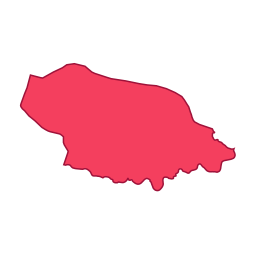 Cidade Da Matola, Maputo, Mozambique, rotated 274°
{"feature_id": "85939544B308430160587", "entity_name": "Cidade Da Matola", "entity_type": "district", "adm_level": 2, "iso_a3": "MOZ", "parent_name": "Mozambique", "parent_adm1": "Maputo", "projection": "mercator", "projection_center": [32.447, -25.844], "detail": "fine", "context": "isolated", "style": "filled", "palette": "rose", "viewbox_px": 256, "rotation_deg": 274, "n_neighbors": 0, "source": "geoboundaries", "source_scale": "gbopen_adm2", "svg_char_len": 4616}
<svg xmlns="http://www.w3.org/2000/svg" viewBox="0 0 256 256"><g transform="rotate(274 128 128)"><path d="M114.7,235.1L114.4,234.5L114.2,233.1L114.3,231.9L114.4,231.6L114.6,231.1L114.7,230.4L114.8,229.8L115.0,229.2L115.6,228.1L116.0,227.5L116.5,227.0L117.2,226.3L117.7,225.5L118.0,224.9L118.4,224.4L118.5,224.2L118.8,223.6L119.3,223.1L119.8,222.7L120.0,222.4L120.2,222.0L120.4,221.3L120.6,220.5L120.6,220.4L120.8,219.7L121.3,219.0L121.8,218.6L122.1,218.5L122.3,218.5L122.3,218.4L122.6,218.3L122.7,217.7L122.5,217.2L122.3,216.9L122.2,216.4L122.0,216.0L122.0,215.4L122.4,214.8L122.9,214.3L123.6,213.9L124.3,213.5L124.9,213.1L125.4,212.8L126.0,212.7L126.6,212.7L127.2,212.7L127.5,212.7L128.0,212.6L128.4,212.7L128.8,212.9L129.0,213.4L129.2,213.9L129.2,214.3L129.5,214.6L129.8,214.6L130.1,214.1L130.5,213.7L130.9,213.3L131.3,213.1L131.9,212.8L132.3,212.6L132.6,212.4L132.8,212.3L133.0,212.2L136.5,199.0L138.8,193.9L140.4,192.5L143.5,191.0L145.9,190.2L148.0,189.2L153.3,187.1L156.2,184.9L159.7,182.4L163.1,179.5L166.6,172.6L169.9,163.6L172.1,153.4L172.3,144.0L173.0,136.0L174.8,122.5L176.0,107.8L176.9,103.9L180.1,91.1L181.3,88.0L183.4,85.1L186.6,80.8L188.4,70.0L186.8,62.5L183.5,58.4L178.7,49.8L171.9,39.4L172.1,37.2L174.0,27.0L161.1,24.5L155.0,22.5L145.1,19.7L143.2,19.3L141.8,19.7L139.8,21.3L137.9,23.8L133.2,28.3L128.7,34.7L122.6,42.1L120.7,45.7L119.5,48.4L118.9,50.5L117.3,60.3L116.5,61.9L114.8,64.2L109.1,64.6L106.8,65.6L100.7,69.9L99.1,69.7L86.9,66.5L86.8,67.3L86.6,67.9L86.7,68.7L87.0,69.2L87.2,70.0L87.2,71.6L87.1,72.2L86.8,72.9L86.1,73.6L85.3,74.4L85.0,74.7L84.5,75.5L84.3,75.9L84.1,77.2L83.9,78.0L83.8,79.7L83.8,80.4L83.7,83.9L83.7,85.1L83.7,85.6L83.8,86.0L84.1,86.7L84.3,87.4L84.4,88.3L84.3,89.1L84.1,89.9L83.8,90.5L83.5,91.1L83.0,91.9L82.7,92.2L82.2,92.9L81.7,93.4L81.2,93.8L80.5,94.2L79.8,94.6L79.1,95.0L78.6,95.3L78.4,95.6L78.0,96.1L77.9,96.5L77.8,97.3L77.9,98.5L78.0,99.5L77.8,101.3L77.8,102.3L77.7,103.0L77.5,104.1L77.1,104.8L77.0,105.4L76.8,105.9L76.6,106.4L76.9,106.9L77.3,107.3L77.6,107.8L77.8,108.5L77.9,109.6L77.8,110.5L77.7,111.5L77.4,112.5L76.9,113.4L76.5,113.7L75.9,114.5L75.6,115.1L75.6,115.8L75.4,116.3L75.0,116.5L74.6,116.6L74.0,116.7L73.6,116.9L73.3,117.1L73.0,117.6L72.7,118.2L72.5,119.2L72.6,119.8L72.6,120.4L72.6,120.9L72.8,121.4L73.1,121.8L73.3,122.0L73.4,122.3L73.4,123.0L73.3,123.9L73.2,125.7L73.2,126.5L73.3,127.2L73.6,127.9L74.0,128.6L74.3,129.1L75.0,129.8L75.7,130.2L76.1,130.7L76.7,131.0L77.6,131.2L77.7,131.5L77.3,131.9L76.7,132.0L76.3,132.3L76.1,132.8L76.0,133.6L76.2,134.2L76.5,134.6L76.6,135.2L76.4,135.7L75.9,136.0L75.4,136.2L75.0,136.7L74.3,137.6L73.8,138.4L73.4,139.0L73.1,139.8L72.9,140.4L72.7,141.2L72.7,141.8L72.8,142.8L73.1,143.6L73.7,144.5L74.5,145.4L75.6,146.2L76.5,147.1L77.3,147.6L78.3,148.7L78.6,149.2L78.9,149.7L78.9,150.0L79.0,150.5L78.8,151.4L78.6,152.1L78.3,152.6L78.0,153.3L77.8,153.5L77.5,153.6L77.2,153.6L76.9,153.6L76.5,153.7L76.2,154.1L75.8,154.6L75.0,155.1L74.1,155.4L73.4,155.7L72.4,156.2L71.5,156.6L70.7,157.0L70.2,157.1L69.7,157.5L69.1,158.0L68.4,158.8L67.9,159.8L67.7,160.7L67.6,161.4L67.7,162.2L67.9,162.9L68.5,163.9L69.5,164.8L70.4,165.5L71.5,166.2L72.4,166.6L73.8,167.0L75.0,167.0L76.5,166.7L77.4,166.6L78.4,166.4L79.5,166.5L80.5,166.8L81.1,167.2L81.4,167.7L81.6,168.5L81.6,169.2L81.6,170.3L81.4,171.0L81.3,171.3L80.6,172.2L80.5,172.8L80.5,173.7L80.3,174.3L80.3,175.1L80.4,175.6L80.5,175.8L80.5,176.1L80.6,176.4L80.7,176.6L80.9,176.8L81.2,176.8L81.6,176.8L82.0,176.8L82.3,176.8L82.7,177.1L82.9,177.4L83.0,177.6L83.1,177.8L83.2,178.2L83.3,178.5L83.4,178.8L83.4,179.0L83.6,179.2L83.9,179.2L84.4,179.0L85.0,178.9L85.4,178.9L85.7,179.1L86.0,179.4L86.1,179.7L86.4,180.2L86.7,180.5L87.2,181.0L87.9,181.3L88.7,181.3L89.6,181.4L90.3,181.8L90.7,182.3L90.9,182.9L90.8,183.6L90.6,184.3L90.3,184.8L90.1,185.0L89.5,185.2L88.9,185.7L88.6,186.4L88.5,187.0L88.4,187.4L88.0,188.8L87.6,189.7L87.2,190.7L87.2,191.5L87.5,192.2L88.3,192.8L89.0,193.3L89.6,193.9L89.9,194.3L90.3,195.3L90.5,196.1L91.1,197.7L91.5,198.6L92.4,199.5L93.4,199.9L94.4,200.0L95.7,200.2L96.7,201.0L97.1,201.7L97.1,202.7L96.6,203.4L95.5,204.3L94.3,205.6L93.9,206.5L91.1,209.4L90.5,210.6L90.1,212.0L90.1,213.1L90.1,213.9L90.3,215.1L90.3,216.2L90.3,216.6L90.4,217.3L90.4,218.1L90.2,219.0L90.2,219.8L90.3,220.5L90.6,221.0L90.9,221.6L91.1,221.9L91.5,222.3L92.4,222.8L93.7,223.2L95.2,223.3L96.7,223.4L98.3,223.6L99.8,223.8L101.0,224.3L101.5,225.0L102.1,226.0L104.0,232.9L104.7,234.4L105.1,235.2L105.8,235.9L106.5,236.3L107.8,236.7L109.1,236.6L110.3,236.2L111.4,235.7L111.8,235.4L112.1,235.2L112.3,235.0L112.6,235.0L114.4,235.0L114.7,235.1Z" fill="#f43f5e" stroke="#9f1239" stroke-width="1.5"/></g></svg>